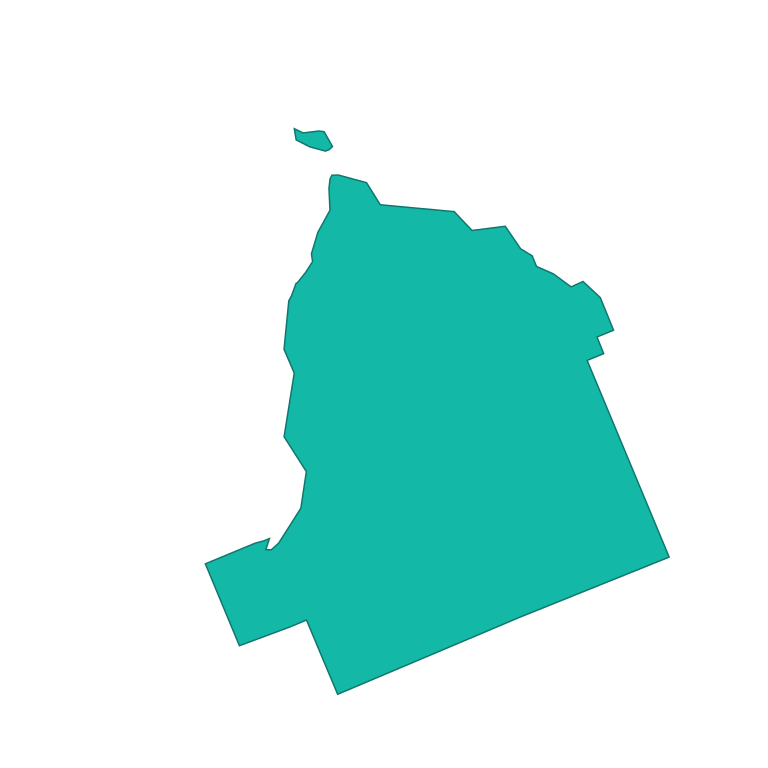 outline of Anchorage, Alaska, United States of America, rotated 68°
{"feature_id": "52423323B58185108898", "entity_name": "Anchorage", "entity_type": "district", "adm_level": 2, "iso_a3": "USA", "parent_name": "United States of America", "parent_adm1": "Alaska", "projection": "orthographic", "projection_center": [-149.538, 61.109], "detail": "fine", "context": "isolated", "style": "filled", "palette": "teal", "viewbox_px": 768, "rotation_deg": 68, "n_neighbors": 0, "source": "geoboundaries", "source_scale": "gbopen_adm2", "svg_char_len": 975}
<svg xmlns="http://www.w3.org/2000/svg" viewBox="0 0 768 768"><g transform="rotate(68 384 384)"><path d="M651.3,184.5L645.2,184.5L438.2,186.8L438.1,168.9L420.2,168.9L420.1,151.0L384.9,151.1L363.5,161.1L364.1,174.1L345.2,185.8L344.2,186.8L332.1,198.6L320.7,198.6L309.8,206.7L283.2,212.5L274.6,244.9L260.1,250.6L250.5,254.3L227.8,298.3L219.6,314.1L216.4,320.3L190.8,324.8L173.2,348.0L170.9,354.1L173.8,357.3L181.7,361.6L189.8,364.5L202.7,369.0L204.2,370.9L218.6,388.5L236.1,402.5L243.6,404.3L244.0,404.7L251.4,415.2L257.6,426.3L257.8,427.9L267.6,436.7L271.2,441.1L314.4,463.7L340.2,463.1L395.5,496.4L436.1,488.8L468.0,507.6L492.1,541.3L495.5,550.6L493.3,555.6L484.4,548.1L484.4,554.2L483.3,563.2L483.8,617.0L572.5,616.1L574.0,562.3L573.8,544.3L654.3,543.2L652.1,405.2L651.1,345.9L651.3,184.5ZM120.9,365.0L113.7,371.5L124.8,374.0L136.3,364.0L146.1,351.1L146.2,347.0L144.5,342.8L127.6,345.0L125.0,349.7L120.9,365.0Z" fill="#14b8a6" stroke="#0f766e" stroke-width="1.5"/></g></svg>